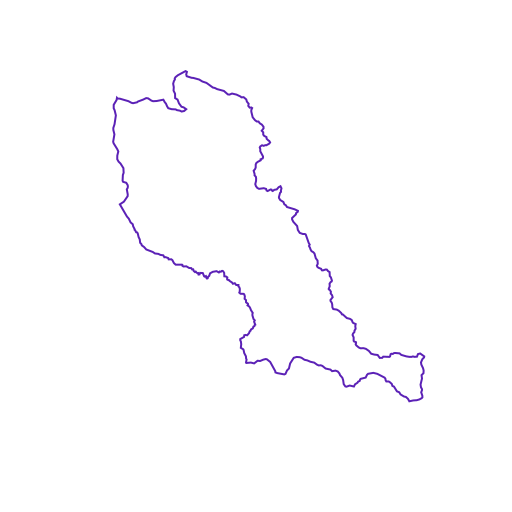 Chachagüí, Nariño, Colombia (Albers equal-area conic projection), rotated 149°
{"feature_id": "7082276B70460159125708", "entity_name": "Chachagüí", "entity_type": "district", "adm_level": 2, "iso_a3": "COL", "parent_name": "Colombia", "parent_adm1": "Nariño", "projection": "albers", "projection_center": [-77.277, 1.404], "detail": "fine", "context": "isolated", "style": "outline", "palette": "violet", "viewbox_px": 512, "rotation_deg": 149, "n_neighbors": 0, "source": "geoboundaries", "source_scale": "gbopen_adm2", "svg_char_len": 6092}
<svg xmlns="http://www.w3.org/2000/svg" viewBox="0 0 512 512"><g transform="rotate(149 256 256)"><path d="M319.4,169.3L315.3,167.3L312.9,164.9L308.6,165.4L306.6,163.9L303.1,163.4L300.8,162.7L299.9,161.9L298.4,157.9L298.8,147.4L299.3,146.2L298.1,144.7L292.7,139.9L291.4,139.8L288.4,141.9L285.7,142.6L282.1,146.3L276.1,149.3L273.1,148.5L270.6,146.7L269.4,145.3L267.9,142.1L265.8,140.1L263.8,137.3L261.0,134.6L259.7,131.5L258.6,129.9L256.8,129.0L255.7,127.6L254.3,123.7L250.7,120.3L250.1,118.1L246.9,116.8L245.4,114.9L245.0,112.4L245.3,110.6L244.7,107.2L245.2,104.8L246.8,101.0L246.6,98.2L245.8,97.4L242.4,96.7L239.3,93.7L237.2,95.0L234.3,95.1L233.2,95.7L231.5,95.5L230.4,96.5L229.6,96.8L224.6,95.3L222.0,97.0L220.6,97.3L215.6,95.4L212.7,92.5L208.4,85.5L208.3,84.1L208.9,82.7L208.9,81.3L207.0,80.2L206.4,79.3L205.5,76.4L206.0,74.4L205.0,73.0L204.9,67.4L203.4,65.4L203.4,62.9L201.5,59.3L200.1,58.0L199.3,55.3L199.4,52.5L195.6,51.2L192.5,49.6L189.8,48.9L187.2,48.8L186.2,49.1L185.4,50.5L184.6,54.1L182.7,55.6L182.3,56.4L182.2,58.5L181.2,61.0L176.8,65.5L175.5,68.6L172.8,69.3L171.3,71.5L170.6,73.8L170.2,77.8L169.4,79.8L166.5,81.9L164.2,82.5L163.5,83.3L165.5,87.9L167.7,88.5L169.9,86.8L172.2,88.0L173.2,89.1L174.6,89.4L176.3,90.4L178.8,92.5L182.4,96.4L183.1,98.6L186.8,101.3L187.8,101.7L189.2,101.6L190.3,102.5L191.2,102.5L192.8,100.9L193.6,100.8L198.8,104.2L200.2,103.7L202.4,104.9L202.7,108.5L205.4,110.6L207.6,112.9L208.1,116.4L209.6,119.8L211.3,121.6L214.0,123.1L215.0,124.6L216.1,127.8L216.0,129.1L215.0,129.9L214.7,130.7L215.9,132.1L216.0,133.0L214.2,136.0L213.9,138.6L212.7,139.6L210.9,140.1L210.0,141.3L208.1,142.3L207.0,144.8L205.6,146.3L207.2,148.6L207.3,149.7L206.9,151.6L207.4,152.9L207.9,153.8L210.1,156.0L211.7,161.2L212.4,161.7L212.3,163.2L213.2,166.4L214.4,168.5L217.1,170.7L217.0,172.6L215.6,175.3L215.1,177.1L215.3,178.9L214.9,179.9L211.5,181.2L211.0,183.3L211.3,185.4L210.2,186.8L210.2,188.8L210.7,189.7L210.7,190.3L208.4,192.1L207.2,194.4L205.5,195.2L204.3,195.2L203.6,195.8L202.8,199.1L203.1,200.8L201.2,204.3L202.0,205.9L202.3,207.9L203.3,208.6L206.1,209.2L206.9,209.8L206.8,211.5L208.5,213.7L209.0,215.1L208.8,216.4L207.1,217.5L205.6,220.4L205.9,223.3L204.6,228.0L204.9,229.7L205.9,231.5L205.9,233.5L205.5,235.1L205.4,237.3L204.1,238.1L204.1,240.0L202.3,248.8L202.8,249.7L204.5,250.7L206.6,253.3L206.7,256.8L205.3,260.5L206.4,266.1L206.2,268.8L205.5,270.0L200.4,271.1L199.6,272.1L197.4,272.4L196.8,273.1L198.8,276.1L204.2,282.0L204.3,284.2L205.1,285.7L204.7,288.2L206.4,291.5L206.4,293.9L206.0,294.7L202.9,297.7L201.5,298.1L201.0,299.2L199.3,300.9L199.1,303.2L201.2,303.3L203.9,302.4L206.2,303.3L208.2,303.1L208.6,303.8L208.5,304.9L209.2,305.5L212.6,305.7L213.2,306.7L212.8,308.3L214.4,310.1L218.8,312.0L219.8,313.6L220.1,315.9L219.6,318.0L217.3,320.3L215.9,322.5L215.3,324.0L215.7,325.9L215.0,326.9L214.1,330.3L212.0,331.0L210.7,332.0L209.1,334.6L207.9,335.5L206.0,335.8L202.7,335.6L202.3,336.5L200.0,336.2L199.1,337.0L198.7,337.8L198.4,343.6L197.3,345.4L196.9,347.1L195.9,347.7L193.8,347.8L192.7,346.5L190.9,346.2L190.1,345.6L186.8,345.5L185.4,346.1L185.4,347.8L185.9,348.7L186.5,351.0L185.8,352.6L187.1,354.7L187.3,356.3L186.1,358.3L186.6,360.4L183.8,361.5L183.0,362.9L183.3,365.6L184.4,367.8L184.6,370.0L186.0,370.8L186.9,372.9L187.4,376.6L185.7,382.1L184.8,383.6L183.1,384.8L183.5,385.7L185.0,386.4L185.3,388.7L183.9,390.2L184.3,393.1L183.7,395.2L184.8,398.5L186.8,399.5L187.1,400.6L189.6,404.4L192.9,407.6L195.6,408.0L196.9,409.0L198.5,414.0L203.4,419.1L204.8,421.3L206.2,422.6L209.3,429.9L212.1,433.2L213.8,436.5L218.1,441.0L219.4,441.9L222.8,445.8L222.3,447.6L220.4,449.4L221.2,450.8L229.7,451.2L232.8,450.8L234.2,450.1L234.6,449.1L236.3,448.2L238.3,446.3L239.5,443.1L241.5,440.2L241.8,436.8L244.0,433.0L242.7,430.5L243.4,426.5L243.0,422.3L241.5,420.7L240.2,417.8L242.9,417.3L245.3,418.1L246.4,419.8L248.7,421.8L249.3,423.0L252.7,425.3L255.1,427.9L255.1,430.2L254.7,433.0L255.0,434.8L254.9,437.7L261.3,440.0L264.5,441.7L265.6,443.0L267.3,446.7L268.8,447.9L272.2,448.2L277.6,449.2L278.8,449.0L282.7,450.3L283.8,451.4L285.6,454.4L291.7,461.0L293.5,462.2L293.7,463.2L295.2,461.5L300.1,458.9L301.9,455.9L302.1,453.8L303.7,448.7L309.4,441.8L312.4,439.2L313.4,437.4L314.7,433.2L319.6,427.5L320.0,425.9L319.9,419.1L320.2,416.5L323.2,413.5L325.1,410.4L325.2,407.7L324.5,405.0L324.4,399.6L326.6,395.5L328.4,394.0L331.6,389.2L331.7,388.0L329.5,385.6L329.5,382.8L330.0,381.6L330.9,380.5L332.4,379.7L334.2,374.9L335.2,373.4L341.3,370.6L346.1,370.4L346.3,356.3L345.8,353.5L346.2,349.4L345.3,346.7L346.0,344.7L346.2,341.7L346.6,341.0L346.3,340.3L346.5,338.1L345.8,337.5L345.7,336.4L346.9,332.6L347.1,330.1L348.5,327.0L348.1,325.4L348.4,323.9L347.3,321.3L346.7,318.1L342.4,312.6L341.3,310.2L338.6,308.1L337.4,306.2L335.1,304.3L335.2,302.1L334.1,301.6L332.3,299.4L332.6,298.1L330.3,296.8L329.8,295.6L330.0,292.2L329.3,289.9L323.9,286.7L323.7,286.1L324.1,285.5L323.6,284.4L321.0,283.0L319.5,280.2L317.7,278.9L317.7,277.4L316.7,276.9L317.1,275.3L316.6,273.7L315.7,273.7L315.5,272.4L315.0,271.4L314.4,271.2L314.8,269.7L313.9,269.3L312.6,270.3L310.4,268.8L310.9,265.3L310.7,264.8L309.3,264.6L309.8,262.9L309.6,261.9L308.9,261.8L307.9,262.8L306.3,263.1L304.3,264.8L301.2,264.7L297.6,263.3L296.3,261.0L295.1,261.4L294.3,260.6L293.0,260.8L292.4,260.5L292.0,259.8L292.0,257.9L293.6,254.9L292.2,253.8L291.6,252.4L292.7,251.1L292.7,250.4L291.5,249.1L291.5,248.3L290.2,245.6L290.1,244.1L288.2,243.6L287.9,241.3L286.0,240.2L286.7,239.0L286.4,237.7L286.8,236.1L288.2,234.0L289.2,233.2L288.7,231.6L286.6,230.3L286.0,229.8L285.9,229.0L286.3,227.2L287.8,225.2L287.3,223.3L288.4,221.4L287.5,219.3L287.7,218.6L288.7,218.0L287.8,216.2L287.8,214.4L288.2,212.2L288.1,208.9L289.0,208.1L289.7,206.8L290.6,203.2L290.2,201.5L291.5,200.6L292.0,197.5L292.7,197.5L293.5,196.7L294.6,196.8L296.0,195.6L298.1,195.6L299.3,194.7L300.2,194.7L301.6,193.5L304.4,192.6L305.6,193.7L306.9,194.1L307.9,192.8L312.3,192.9L312.9,191.9L313.0,190.5L314.1,188.0L316.3,185.1L315.0,182.6L315.0,182.0L316.1,178.8L316.3,175.2L317.3,173.2L317.4,172.1L319.4,169.9L319.4,169.3Z" fill="none" stroke="#5b21b6" stroke-width="2"/></g></svg>